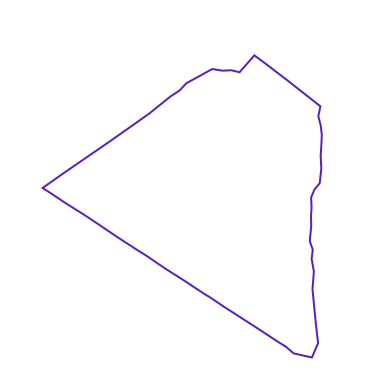 outline of Monteirópolis, Alagoas, Brazil, rotated 279°
{"feature_id": "56859067B73934188200413", "entity_name": "Monteirópolis", "entity_type": "district", "adm_level": 2, "iso_a3": "BRA", "parent_name": "Brazil", "parent_adm1": "Alagoas", "projection": "robinson", "projection_center": [-37.302, -9.591], "detail": "fine", "context": "isolated", "style": "outline", "palette": "violet", "viewbox_px": 384, "rotation_deg": 279, "n_neighbors": 0, "source": "geoboundaries", "source_scale": "gbopen_adm2", "svg_char_len": 866}
<svg xmlns="http://www.w3.org/2000/svg" viewBox="0 0 384 384"><g transform="rotate(279 192 192)"><path d="M283.3,156.1L262.7,137.4L229.7,103.5L190.5,62.2L172.6,43.8L168.8,52.5L162.1,66.9L157.2,78.3L152.8,88.6L146.0,103.5L137.1,122.5L132.3,133.1L126.6,145.9L122.1,156.5L116.1,169.2L112.3,177.3L109.1,184.6L103.7,197.2L98.9,207.7L93.7,219.1L90.8,226.2L83.6,241.6L78.4,253.5L75.0,261.2L67.2,278.9L61.2,292.1L57.8,299.7L53.8,309.0L48.5,317.6L47.3,336.3L62.4,340.2L81.0,335.0L114.9,326.2L132.6,324.8L144.7,320.6L154.0,320.3L161.8,316.0L177.0,315.1L186.8,313.3L195.5,312.5L205.1,310.5L213.4,312.5L220.8,316.8L235.7,316.0L247.4,313.5L257.8,312.5L268.6,311.3L277.9,308.7L286.7,304.9L296.7,305.4L317.0,269.1L332.1,241.1L336.7,232.2L317.7,220.2L318.4,211.8L316.6,203.2L316.6,192.7L298.5,169.4L290.3,163.8L283.3,156.1Z" fill="none" stroke="#5b21b6" stroke-width="2"/></g></svg>